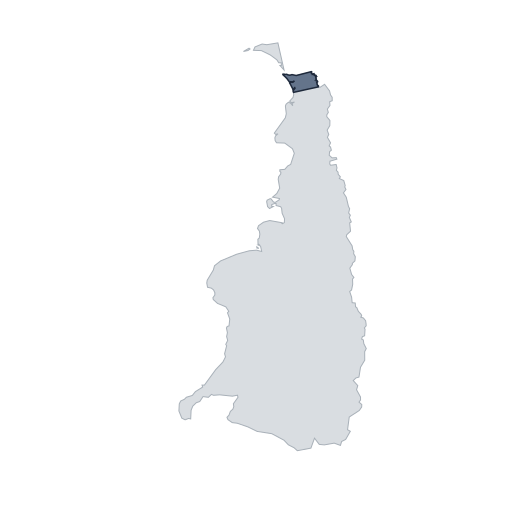 Güer Aike, Santa Cruz, Argentina shown in context, rotated 166°
{"feature_id": "61730980B56904104065194", "entity_name": "Güer Aike", "entity_type": "district", "adm_level": 2, "iso_a3": "ARG", "parent_name": "Argentina", "parent_adm1": "Santa Cruz", "projection": "albers", "projection_center": [-69.615, -51.54], "detail": "fine", "context": "in_parent", "style": "filled", "palette": "slate", "viewbox_px": 512, "rotation_deg": 166, "n_neighbors": 0, "source": "geoboundaries", "source_scale": "gbopen_adm2", "svg_char_len": 6836}
<svg xmlns="http://www.w3.org/2000/svg" viewBox="0 0 512 512"><g transform="rotate(166 256 256)"><path d="M313.7,161.2L310.0,165.5L310.1,168.8L306.2,176.0L306.7,177.6L303.9,180.9L304.0,184.9L302.3,188.5L302.1,193.3L301.0,194.6L299.1,194.7L296.7,201.2L297.4,207.8L295.8,208.9L297.6,214.0L304.8,219.3L308.0,224.1L307.9,225.9L305.4,228.1L304.8,230.3L305.4,233.4L307.1,235.6L310.6,237.4L310.3,241.7L309.2,244.3L300.8,252.7L298.6,256.6L291.5,259.8L274.4,262.4L261.3,262.7L254.0,261.5L249.4,259.0L249.2,264.5L251.4,266.3L250.2,266.3L251.1,267.4L250.1,271.8L248.5,272.6L247.0,276.2L246.7,279.4L247.9,282.3L246.2,284.8L240.5,287.0L234.1,287.1L222.5,281.9L223.0,281.2L222.4,280.9L220.4,281.6L219.3,285.3L220.3,291.2L219.6,296.2L220.2,297.9L224.3,300.1L223.8,302.1L225.2,302.4L228.3,302.1L228.8,300.5L227.2,299.8L231.4,298.8L232.8,301.1L232.5,306.2L231.7,307.5L228.4,308.2L227.6,307.9L226.0,304.2L224.5,303.3L219.9,304.9L219.3,306.1L225.7,309.1L220.7,311.6L216.6,316.1L215.9,325.0L214.9,327.4L212.2,329.6L211.6,331.3L212.4,332.3L212.0,333.9L207.1,333.1L203.4,335.7L200.2,336.5L194.0,346.4L194.7,351.3L200.8,358.6L208.7,360.9L209.5,363.3L209.1,366.1L208.0,367.8L205.1,369.2L207.6,369.3L208.5,370.8L194.1,383.0L192.2,386.7L191.2,394.4L190.1,396.0L187.3,397.4L185.4,395.8L184.0,392.9L184.0,395.3L181.4,396.1L184.5,396.2L185.9,398.1L181.7,400.9L180.4,403.4L179.9,407.0L178.3,409.0L179.5,408.6L180.6,415.6L177.4,416.1L181.3,417.3L185.7,425.3L185.3,425.9L185.2,425.1L173.5,421.4L157.8,421.2L158.0,420.1L154.2,415.9L154.9,412.9L154.3,410.3L155.0,407.9L154.4,405.1L153.0,404.2L147.9,406.0L144.7,398.4L144.7,394.2L143.7,391.6L144.5,388.2L147.2,387.9L147.8,384.2L151.2,381.3L151.1,377.8L153.2,375.8L153.6,374.0L151.5,369.6L152.8,364.7L156.5,360.9L156.0,356.3L158.0,353.9L156.3,347.8L158.4,345.1L157.3,343.7L157.3,340.4L159.3,339.5L160.6,336.0L158.4,332.8L154.3,332.0L154.1,330.4L161.3,330.1L162.2,327.5L161.7,326.0L156.1,325.4L156.1,321.9L157.3,319.7L156.1,317.5L156.5,315.4L155.0,312.4L156.4,311.0L152.6,308.0L152.4,302.8L153.2,301.5L152.6,298.8L155.9,296.1L154.2,291.2L154.3,281.7L153.7,279.2L155.7,275.3L154.6,272.8L156.1,270.8L155.3,266.0L157.1,265.5L158.3,257.2L162.8,254.7L163.7,253.0L160.3,242.6L160.6,238.7L159.9,236.9L160.7,234.6L159.8,231.3L161.2,227.3L164.3,225.6L164.6,224.3L167.9,221.5L167.7,214.9L166.2,211.5L167.9,210.3L169.0,205.2L171.5,199.9L173.7,198.9L173.2,192.9L174.0,187.4L171.1,186.4L171.7,182.6L170.7,181.6L170.1,177.6L168.1,174.0L167.9,172.4L169.1,171.3L166.8,169.9L165.3,166.7L165.6,163.6L166.0,161.6L168.3,160.0L167.9,158.6L169.9,152.3L172.3,152.0L173.6,149.8L172.2,148.6L172.6,144.9L171.4,139.5L173.7,136.9L175.7,128.6L181.5,122.8L185.4,113.6L188.5,113.5L191.8,111.6L188.6,105.6L190.8,101.9L188.7,93.9L189.4,91.0L191.4,89.3L189.3,86.3L190.0,83.9L193.2,81.1L204.5,77.2L209.2,65.3L206.9,63.1L213.4,56.3L217.8,55.3L219.9,51.8L225.4,55.5L235.4,56.2L240.2,57.9L243.3,65.1L249.2,56.3L263.0,57.1L265.4,60.7L270.3,65.0L273.4,70.5L283.7,79.8L297.3,85.5L305.3,92.2L314.7,98.3L319.4,100.1L322.8,104.0L323.2,106.5L320.7,108.1L318.5,111.4L315.5,113.0L314.0,115.2L313.7,118.1L307.7,123.2L307.6,125.4L312.8,125.7L324.9,130.1L330.9,131.1L332.7,132.5L336.4,130.4L341.4,132.4L345.8,128.4L349.4,128.1L353.7,125.6L356.3,122.0L358.8,113.7L360.7,114.7L364.4,114.2L367.2,116.6L368.3,124.3L366.2,131.1L364.2,133.5L360.1,134.3L357.7,135.8L351.5,136.1L347.6,139.1L339.5,141.7L339.6,143.8L337.3,143.2L322.6,155.5L313.7,161.2ZM183.2,457.5L183.8,429.7L186.7,435.1L185.2,434.8L184.8,437.4L187.2,438.0L188.3,441.3L193.5,447.6L201.1,454.0L208.7,456.2L206.4,459.1L198.8,460.2L194.4,458.4L183.2,457.5ZM211.7,458.3L214.1,457.3L218.7,457.5L212.5,459.3L211.7,458.3ZM253.2,263.5L253.0,264.7L251.4,262.7L253.2,263.5Z" fill="#d9dde1" stroke="#a8b0b8" stroke-width="1"/><path d="M168.0,405.4L161.1,405.2L154.7,405.0L154.7,405.4L154.6,405.5L154.4,405.5L154.3,405.8L154.3,406.0L154.5,406.1L154.7,406.4L154.8,406.4L154.8,406.5L155.0,406.8L155.1,407.0L155.0,407.3L155.1,407.5L155.2,407.8L155.1,408.0L155.1,408.3L155.1,408.5L155.1,409.0L155.1,409.5L155.0,409.4L154.8,409.5L154.8,409.4L154.7,409.4L154.5,409.5L154.4,409.5L154.4,409.4L154.3,410.1L154.1,410.2L154.1,410.3L154.0,410.5L154.1,410.8L154.3,411.1L154.4,411.3L154.5,411.4L154.5,411.5L154.8,411.7L155.0,411.8L155.3,412.1L155.3,412.3L155.2,412.4L155.2,412.5L155.3,412.5L155.2,412.6L154.9,412.8L154.9,413.0L154.6,413.1L154.5,413.3L154.4,413.3L154.6,413.4L154.6,413.5L154.7,413.4L154.8,413.5L154.9,413.8L154.9,414.0L154.7,414.4L154.7,414.5L154.7,414.8L154.8,414.9L154.8,415.0L154.7,415.1L154.6,415.4L154.7,415.7L154.4,415.6L154.2,415.6L154.3,415.7L154.3,415.8L154.2,416.0L154.0,416.3L154.0,416.5L154.3,416.5L154.5,416.6L154.8,416.5L155.0,416.9L155.0,417.0L155.3,417.1L155.2,417.2L155.2,417.3L155.2,417.5L155.1,417.8L155.3,418.0L155.6,417.9L155.6,418.0L155.7,417.9L155.8,418.0L156.0,418.1L156.3,418.2L156.1,418.3L156.3,418.4L156.3,418.5L156.5,418.4L156.6,418.5L156.7,418.8L156.9,418.8L157.0,418.8L156.9,418.9L157.1,418.9L157.5,419.4L157.7,419.6L157.8,419.9L157.9,420.0L158.0,420.0L158.0,420.3L158.1,420.5L157.9,420.7L157.7,420.9L157.4,421.1L157.5,421.3L157.8,421.3L158.0,421.4L158.0,421.5L173.3,421.4L177.2,423.3L179.5,423.2L180.4,423.7L181.1,423.9L182.2,424.9L183.2,425.0L184.2,425.3L184.3,425.5L184.7,425.6L185.5,425.6L185.5,426.3L185.4,426.4L185.5,426.3L185.8,425.9L186.0,425.7L186.0,425.4L185.5,424.6L184.3,422.8L183.3,421.1L182.9,420.4L182.7,419.8L182.2,418.5L181.7,417.4L181.6,417.2L181.5,416.8L181.4,416.7L181.2,416.4L180.9,416.4L180.9,416.5L180.7,416.5L180.4,416.7L180.3,416.8L180.2,416.8L180.1,417.0L180.2,416.9L180.2,416.7L179.9,416.7L179.1,416.3L178.9,416.3L178.7,416.2L178.4,416.1L178.0,416.2L177.5,416.4L177.4,416.3L177.1,416.3L176.9,416.4L176.9,416.5L176.7,416.5L176.4,416.5L176.2,416.6L176.4,416.5L176.7,416.4L176.8,416.3L177.0,416.2L177.5,416.0L177.6,415.9L178.0,415.7L178.4,415.7L178.6,415.7L178.8,415.8L179.1,415.9L179.2,416.0L179.8,416.3L180.0,416.3L180.3,416.2L180.5,415.9L180.8,415.8L181.0,415.8L181.2,416.0L181.4,415.9L181.5,415.7L181.4,415.4L181.1,414.4L180.9,413.4L180.8,413.1L180.7,412.7L180.5,411.5L180.4,411.3L180.3,411.0L180.2,410.8L180.2,410.5L180.0,409.7L180.0,409.4L180.0,409.2L179.9,409.0L179.9,408.6L179.8,408.4L179.7,408.4L179.5,408.5L179.2,408.7L179.0,408.8L178.9,408.9L178.8,409.0L178.6,409.1L178.5,409.3L178.4,409.3L178.1,409.6L178.0,409.8L177.9,409.9L177.8,410.0L177.7,409.9L177.7,410.0L177.8,410.0L177.7,410.0L177.4,410.1L177.5,410.1L177.6,409.9L177.8,409.7L178.0,409.7L178.1,409.4L178.2,409.2L178.3,408.9L178.6,408.5L178.8,408.4L179.0,408.2L179.3,408.2L179.3,408.3L179.4,408.2L179.5,407.9L179.7,407.6L179.9,407.5L180.0,407.5L179.9,407.5L179.7,407.7L179.8,407.7L180.1,407.4L180.1,407.1L180.1,406.9L180.1,406.2L180.0,405.7L173.4,405.5L168.0,405.4ZM177.9,409.9L177.7,409.8L177.5,410.0L177.7,409.9L177.8,409.9L177.9,409.9Z" fill="#64748b" stroke="#1e293b" stroke-width="1.5"/></g></svg>